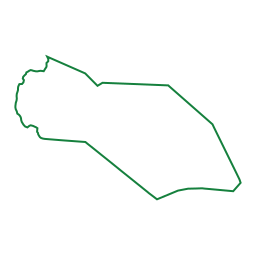 outline of Várzea Nova, Bahia, Brazil
{"feature_id": "56859067B59616192254510", "entity_name": "Várzea Nova", "entity_type": "district", "adm_level": 2, "iso_a3": "BRA", "parent_name": "Brazil", "parent_adm1": "Bahia", "projection": "robinson", "projection_center": [-41.181, -11.121], "detail": "fine", "context": "isolated", "style": "outline", "palette": "green", "viewbox_px": 256, "rotation_deg": 0, "n_neighbors": 0, "source": "geoboundaries", "source_scale": "gbopen_adm2", "svg_char_len": 1238}
<svg xmlns="http://www.w3.org/2000/svg" viewBox="0 0 256 256"><path d="M168.3,85.4L138.7,84.2L102.5,82.8L97.5,85.8L85.2,73.4L47.2,56.7L48.3,59.0L48.2,61.3L46.5,63.0L46.5,64.4L46.6,66.0L46.2,67.4L45.4,68.4L44.7,69.6L43.7,71.2L42.2,71.0L40.6,70.8L39.1,71.0L37.7,71.3L35.8,71.3L33.3,70.8L31.8,70.3L30.6,70.1L29.3,70.7L27.8,71.7L26.4,72.4L25.9,74.1L24.5,75.4L23.2,76.8L22.8,78.6L23.9,80.1L23.4,82.4L22.0,84.0L19.4,84.1L18.7,85.5L18.2,86.7L18.0,88.1L18.0,90.0L17.4,92.1L16.8,93.8L16.6,96.0L16.7,97.2L16.8,98.7L16.5,100.7L15.8,102.8L15.6,104.5L15.4,106.0L15.4,107.5L15.8,109.4L16.5,110.7L17.0,112.1L17.3,113.6L18.9,114.7L19.7,115.6L20.4,116.6L21.0,118.2L21.2,120.1L21.8,122.0L22.5,123.1L23.4,124.6L25.1,126.5L27.4,127.4L29.4,125.8L30.7,125.3L31.9,125.6L33.3,126.0L34.7,126.7L36.1,127.3L37.4,128.2L37.2,130.2L37.1,131.8L38.0,133.0L38.2,134.3L38.8,135.4L39.9,137.1L41.1,138.0L43.0,138.6L44.8,138.9L62.2,140.3L85.4,142.0L87.8,144.0L97.1,151.4L100.8,154.4L114.5,165.4L120.4,170.2L147.8,192.2L148.7,193.0L157.0,199.3L178.0,190.6L188.0,188.7L196.4,188.5L202.1,188.3L204.5,188.6L210.3,189.1L233.2,191.2L240.6,182.8L239.5,179.5L235.8,171.9L214.0,127.5L212.5,124.3L170.7,87.6L169.1,86.2L168.3,85.4Z" fill="none" stroke="#15803d" stroke-width="2"/></svg>